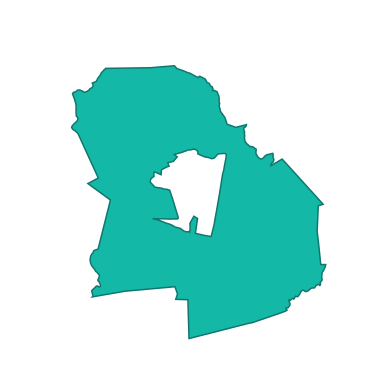 San Juan Bautista Tlachichilco, Oaxaca, Mexico (orthographic projection), rotated 165°
{"feature_id": "50627088B82603535513252", "entity_name": "San Juan Bautista Tlachichilco", "entity_type": "district", "adm_level": 2, "iso_a3": "MEX", "parent_name": "Mexico", "parent_adm1": "Oaxaca", "projection": "orthographic", "projection_center": [-98.322, 17.586], "detail": "fine", "context": "isolated", "style": "filled", "palette": "teal", "viewbox_px": 384, "rotation_deg": 165, "n_neighbors": 0, "source": "geoboundaries", "source_scale": "gbopen_adm2", "svg_char_len": 4967}
<svg xmlns="http://www.w3.org/2000/svg" viewBox="0 0 384 384"><g transform="rotate(165 192 192)"><path d="M176.3,318.5L200.0,322.8L243.6,333.8L243.9,333.2L245.0,332.8L245.7,332.6L246.9,331.6L248.4,330.8L249.5,329.8L250.0,328.8L250.6,328.5L251.4,328.0L252.2,327.4L252.5,326.8L253.2,326.5L254.3,325.6L254.6,324.7L255.9,323.7L256.8,323.5L257.6,323.3L258.7,323.3L260.1,323.1L260.2,322.3L259.8,321.3L259.8,320.4L260.9,319.2L262.1,318.4L263.1,318.4L264.0,318.1L265.1,317.2L266.3,316.7L267.4,316.3L270.2,316.1L270.8,316.7L271.6,317.8L272.7,318.5L273.3,319.1L274.5,319.8L276.3,320.0L277.7,319.2L278.5,318.9L279.9,318.9L280.7,319.0L282.0,317.8L281.9,317.1L281.8,315.7L281.7,314.8L281.6,312.9L281.3,311.8L281.3,311.1L281.5,311.0L281.4,309.5L281.4,308.0L281.5,306.1L281.9,304.3L282.6,301.8L283.2,299.6L283.7,297.3L284.1,295.3L284.1,295.2L283.3,293.8L283.2,292.3L284.0,291.0L285.4,289.8L286.6,289.3L288.1,288.5L289.3,287.7L290.4,287.0L291.1,286.3L291.6,285.4L290.9,283.3L289.3,281.6L288.3,280.1L287.0,277.9L282.7,252.3L278.9,229.8L290.4,227.1L272.9,205.4L276.3,199.2L297.5,161.2L301.0,160.9L302.2,160.7L302.9,159.5L303.8,158.6L304.5,158.3L305.5,157.3L306.4,156.4L307.0,155.2L307.7,153.7L308.2,152.2L308.3,149.8L308.2,148.3L307.9,146.8L307.4,145.3L306.7,143.7L305.9,142.2L305.8,141.0L305.5,140.1L305.0,139.6L304.5,138.9L304.1,137.9L303.5,136.7L303.1,135.1L303.7,134.0L304.2,133.3L304.9,132.5L305.6,131.5L305.8,130.8L305.5,130.1L305.1,129.4L304.8,128.3L304.6,127.5L304.6,126.9L304.6,125.5L305.0,124.5L306.2,124.3L306.9,124.9L307.5,125.6L308.1,125.8L308.9,125.7L309.8,125.3L310.7,124.6L311.8,124.1L313.3,123.4L314.4,122.6L314.5,121.7L314.5,120.9L314.5,120.0L314.5,118.4L314.5,117.2L315.5,116.5L282.3,113.5L246.6,107.3L233.0,104.9L232.4,97.3L235.5,92.5L223.8,89.0L225.7,81.3L232.8,51.2L222.1,51.1L188.8,50.7L171.3,50.5L167.7,50.2L167.3,50.2L135.8,52.4L134.9,52.5L133.6,52.6L131.8,52.9L130.7,53.4L130.9,53.9L131.4,54.7L131.4,55.5L130.8,55.7L130.2,55.6L129.4,55.3L128.8,55.7L128.3,56.2L127.3,56.6L126.4,58.1L126.2,58.8L126.4,60.4L126.5,62.6L126.1,62.8L125.2,61.9L123.9,62.5L122.4,63.3L121.4,62.2L120.7,62.8L119.0,64.5L118.3,64.0L116.8,63.6L115.1,64.9L113.4,66.6L112.2,67.9L111.0,68.2L109.7,68.4L109.4,68.0L109.0,67.5L108.4,66.6L107.1,66.2L105.0,66.6L103.2,67.5L102.4,68.1L101.3,68.2L100.5,68.1L99.3,67.8L98.4,67.7L97.2,68.8L96.6,69.5L93.7,70.1L92.7,68.6L91.8,69.5L91.6,70.4L91.6,71.4L90.6,72.1L89.9,72.6L89.0,73.4L88.9,75.0L88.8,76.4L88.0,78.1L87.4,80.1L86.3,81.3L85.1,82.2L84.2,83.6L82.9,84.9L81.6,87.3L86.4,88.6L82.8,111.1L81.3,121.6L73.6,146.0L68.5,146.2L74.6,158.1L96.4,200.5L109.0,197.0L108.8,198.0L108.2,198.5L107.3,199.4L106.0,199.8L105.5,200.5L104.7,201.6L104.5,203.1L104.7,204.0L104.7,204.7L104.2,206.3L104.0,206.8L103.9,208.3L104.0,208.5L108.7,208.5L109.9,208.7L111.2,208.2L112.7,207.7L113.5,207.0L114.5,206.3L116.1,206.0L117.0,206.0L117.9,206.9L118.5,207.5L119.1,208.6L119.5,209.2L119.6,210.2L119.7,210.5L120.1,211.1L120.2,212.9L120.0,213.7L119.8,214.3L119.3,215.6L119.0,216.5L119.2,217.3L119.8,217.6L120.3,218.1L120.5,218.7L121.8,220.1L122.6,220.3L123.3,220.8L124.4,220.9L125.0,222.2L125.5,222.8L126.0,223.7L126.4,224.2L127.0,224.8L127.1,225.5L127.0,226.0L127.6,226.7L127.7,227.4L127.5,228.0L127.5,229.0L127.5,229.7L127.3,230.6L127.0,231.6L126.5,232.7L126.4,233.9L126.4,234.9L126.0,235.5L125.6,236.4L125.8,237.1L125.8,238.2L125.7,239.2L125.6,240.2L124.8,240.7L123.9,240.9L122.7,241.6L122.0,243.0L123.8,243.0L132.9,243.1L140.0,248.0L140.6,248.4L140.9,255.2L142.1,258.5L143.7,262.7L143.4,265.1L143.6,267.6L142.3,270.7L142.4,272.4L141.4,276.0L141.2,277.9L141.5,278.7L141.8,282.3L144.2,284.4L145.2,284.3L145.9,284.8L145.0,286.2L145.1,287.2L145.2,288.3L145.5,288.5L146.3,289.0L146.5,289.7L147.5,292.8L149.1,293.7L149.8,297.1L150.1,297.8L154.3,301.6L154.9,301.9L156.3,300.9L157.7,302.0L163.5,307.5L165.0,308.2L168.8,311.2L173.6,314.4L175.0,315.6L175.4,316.8L176.3,318.5ZM164.2,186.9L166.3,182.3L173.3,167.2L177.2,159.0L178.9,155.1L181.7,150.1L185.0,144.1L189.5,146.0L190.3,146.4L199.4,151.2L193.5,165.0L196.5,168.1L202.1,162.3L203.1,157.9L204.6,153.8L206.1,154.8L206.6,154.7L207.0,154.8L207.6,155.0L209.5,156.0L210.2,156.8L212.8,160.0L217.3,162.5L218.4,163.6L219.3,164.6L221.6,166.5L222.9,167.4L224.0,168.0L225.8,169.1L227.3,170.4L228.8,171.4L229.6,172.1L231.0,173.1L232.2,173.9L234.9,175.3L237.0,176.5L229.9,174.4L228.6,174.1L221.5,171.9L212.9,169.7L211.9,170.6L212.5,190.0L213.1,199.5L215.3,201.0L218.5,202.2L220.2,203.5L226.5,206.2L229.9,212.7L228.1,215.6L224.7,216.8L223.8,220.9L222.3,220.6L217.4,216.7L215.7,221.4L209.8,222.7L207.5,222.8L207.8,226.5L202.1,226.4L197.2,229.7L199.3,232.8L191.7,232.9L185.7,233.4L184.6,233.7L183.6,233.4L183.0,233.0L182.2,233.0L181.4,233.0L180.3,233.0L178.9,232.9L177.5,232.0L176.5,230.9L175.9,229.5L176.4,227.2L170.8,222.7L166.8,220.8L164.2,219.0L161.9,218.9L157.1,222.0L150.6,220.9L150.0,220.4L149.1,219.4L149.2,219.1L150.3,216.2L153.8,209.1L155.4,205.5L158.2,200.5L164.2,186.9Z" fill="#14b8a6" stroke="#0f766e" stroke-width="1.5"/></g></svg>